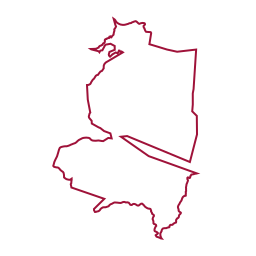 outline of Santiago Yucuyachi, Oaxaca, Mexico, rotated 94°
{"feature_id": "50627088B52041523995534", "entity_name": "Santiago Yucuyachi", "entity_type": "district", "adm_level": 2, "iso_a3": "MEX", "parent_name": "Mexico", "parent_adm1": "Oaxaca", "projection": "orthographic", "projection_center": [-98.214, 17.61], "detail": "fine", "context": "isolated", "style": "outline", "palette": "rose", "viewbox_px": 256, "rotation_deg": 94, "n_neighbors": 0, "source": "geoboundaries", "source_scale": "gbopen_adm2", "svg_char_len": 5487}
<svg xmlns="http://www.w3.org/2000/svg" viewBox="0 0 256 256"><g transform="rotate(94 128 128)"><path d="M191.3,180.3L200.3,146.7L211.2,156.3L211.9,156.2L212.6,156.1L213.5,155.4L214.0,155.2L214.0,154.4L213.4,152.9L213.2,152.0L212.6,151.0L211.8,150.3L211.1,150.0L210.4,149.4L209.8,148.8L208.9,147.4L208.8,146.7L208.7,145.6L208.6,144.8L208.3,144.0L208.0,143.3L207.5,142.1L206.9,141.5L206.2,141.1L205.5,140.3L205.0,139.5L204.8,138.9L204.0,137.7L203.4,136.7L203.2,136.0L203.2,134.7L203.2,133.4L203.3,131.6L203.3,130.0L202.8,128.9L202.2,127.8L202.0,126.6L202.1,125.9L202.4,125.2L202.3,124.0L202.2,123.3L202.5,122.0L203.7,120.9L204.3,120.5L204.6,119.5L204.4,118.7L203.7,118.0L203.4,117.3L203.3,116.6L203.4,115.9L203.7,114.9L204.1,114.3L204.6,113.3L204.7,112.4L204.4,111.7L204.0,111.3L203.5,110.8L203.1,110.2L202.6,109.6L202.5,108.6L202.8,108.1L203.5,107.4L203.9,106.8L204.4,106.4L205.4,105.4L206.4,103.7L206.9,102.4L207.0,101.7L207.0,100.8L207.2,100.0L208.0,99.6L208.6,99.2L209.6,99.2L210.4,98.6L210.9,98.2L211.8,98.0L212.3,97.4L212.6,96.7L213.2,96.1L214.0,96.0L214.6,96.4L216.0,96.9L217.1,97.1L218.8,96.3L220.2,96.0L221.2,96.0L221.9,95.4L222.1,94.4L222.6,93.4L223.1,93.2L223.7,93.0L224.3,93.5L225.1,93.8L226.1,94.2L226.8,94.4L228.1,94.5L229.0,94.1L229.3,93.4L229.6,92.6L229.8,92.0L230.3,91.3L230.8,90.8L231.5,91.2L232.0,91.7L232.5,92.4L233.0,92.9L233.7,92.4L234.2,92.2L234.5,91.7L234.7,91.1L234.8,90.3L235.0,89.7L235.2,89.1L235.4,88.5L235.8,87.7L235.9,86.7L235.0,87.5L233.8,87.8L233.0,88.2L231.9,88.3L231.3,88.4L230.3,88.2L229.8,87.8L229.1,87.6L228.6,87.3L227.8,87.3L227.3,87.1L226.6,86.8L225.8,86.1L225.5,85.2L225.4,84.6L225.3,83.9L225.3,83.1L224.6,81.6L224.3,80.7L224.2,80.1L223.7,79.7L223.1,79.8L222.1,79.4L221.6,78.7L221.6,77.9L221.4,76.8L220.9,76.5L220.1,75.8L219.8,75.1L219.3,74.5L218.9,73.5L218.2,73.4L217.6,73.5L216.6,73.6L215.9,73.4L215.4,73.0L214.7,72.6L214.1,71.6L213.5,71.2L212.8,71.1L211.9,71.0L211.2,70.8L210.7,70.5L210.2,69.9L209.7,69.6L209.0,69.3L208.5,69.7L208.3,70.2L207.6,71.3L207.0,71.7L206.0,71.8L204.8,72.2L204.2,72.5L203.3,72.7L202.0,72.4L201.1,72.0L200.5,71.7L200.0,71.3L198.7,70.9L197.6,70.2L196.6,69.6L195.0,69.2L193.5,68.7L192.9,68.3L192.1,67.5L191.5,65.7L190.8,65.6L190.2,65.9L189.2,65.7L188.7,65.7L187.8,66.0L186.8,65.6L185.5,65.8L184.5,65.8L183.5,66.0L182.4,65.9L181.6,65.8L179.9,65.7L179.6,65.5L178.3,65.1L176.3,64.5L175.4,64.8L174.9,65.2L173.6,65.3L173.1,64.8L173.3,64.1L173.5,63.6L173.6,63.1L173.2,62.6L172.4,62.5L171.7,62.5L171.2,62.0L170.5,61.8L170.0,61.5L169.9,60.9L169.6,59.8L169.5,59.2L169.0,58.2L168.8,57.0L168.5,56.1L166.9,61.8L154.6,105.4L137.2,134.4L136.1,128.3L157.6,63.9L129.5,58.7L128.5,58.8L111.1,60.2L106.9,65.1L100.1,65.0L88.9,65.8L84.6,65.3L45.0,65.5L47.6,79.5L48.5,84.3L47.0,94.6L45.0,103.2L42.9,112.5L31.7,111.5L30.8,112.1L30.8,113.2L30.8,114.6L30.8,115.4L30.8,116.1L30.7,116.8L29.8,117.5L28.5,118.2L27.5,118.5L26.8,119.2L26.0,119.5L25.2,119.6L24.8,119.4L24.2,118.8L23.6,118.3L22.6,118.5L22.2,119.3L22.2,120.6L22.2,121.1L22.4,121.8L22.7,122.8L23.0,123.3L23.3,124.0L23.1,124.6L22.5,125.4L21.9,126.1L21.4,126.7L20.9,127.7L21.3,129.1L21.8,130.1L22.2,131.0L22.5,131.6L23.0,132.1L23.2,132.8L23.4,133.9L24.1,135.1L24.6,136.5L25.1,137.9L25.4,139.2L25.5,140.5L25.3,142.6L24.9,143.9L24.3,145.2L23.8,146.2L23.0,147.0L22.1,147.8L21.5,148.1L20.7,148.9L20.1,149.9L25.8,147.9L26.8,147.4L27.6,147.0L29.8,148.0L30.3,148.5L30.9,148.6L31.9,148.3L32.9,148.6L34.0,148.8L35.1,148.9L35.9,148.9L37.5,150.3L38.3,150.7L38.0,151.5L38.7,151.4L38.6,152.6L39.0,152.8L38.7,153.1L39.1,153.3L39.6,153.7L39.7,154.2L40.0,154.6L40.1,155.0L40.2,155.3L40.4,155.6L40.7,155.7L40.7,156.1L41.0,156.6L41.3,156.8L41.4,157.1L42.0,157.3L43.4,157.1L44.0,157.2L44.9,157.8L45.2,158.5L45.9,159.0L46.8,159.2L47.1,160.0L47.5,160.4L48.1,161.8L48.9,162.6L49.6,162.9L49.8,162.9L50.3,163.9L51.1,165.2L51.4,167.1L51.8,170.7L52.1,170.2L52.2,169.7L52.3,169.1L52.6,167.6L53.3,163.6L53.4,163.1L53.9,162.2L54.4,161.8L53.3,161.3L52.9,161.1L52.6,160.6L52.3,159.0L51.6,158.7L46.5,156.4L45.2,151.3L47.1,147.0L50.9,146.7L53.4,151.8L55.9,152.3L57.1,152.0L58.1,150.9L56.8,149.7L55.6,148.6L53.5,145.5L54.2,143.6L52.6,142.8L51.4,142.4L51.4,141.8L52.4,141.2L52.1,139.8L52.9,138.4L64.1,154.6L65.5,155.8L67.2,156.5L69.2,156.5L70.2,156.4L71.9,157.4L72.8,157.9L73.6,159.4L75.1,160.5L77.1,161.7L77.2,162.4L78.1,163.7L79.0,164.2L81.1,165.3L82.3,166.5L83.6,167.2L84.2,167.6L85.4,168.1L86.2,168.4L86.8,168.8L87.4,169.7L87.9,170.9L88.0,171.9L102.5,170.1L114.6,166.9L115.2,166.7L116.0,167.2L116.8,167.5L117.9,167.6L119.0,167.9L120.1,167.7L121.0,167.1L122.0,166.1L123.3,164.8L126.1,164.4L126.7,163.1L129.4,157.4L130.0,155.6L132.7,151.7L134.6,145.2L139.5,143.6L139.3,147.0L142.8,151.8L142.8,153.3L142.6,155.3L142.5,156.5L142.7,157.8L142.9,158.9L143.0,160.1L143.0,161.8L142.9,162.7L142.5,163.7L142.1,164.2L141.8,164.6L140.9,165.5L140.6,166.5L140.5,168.8L140.6,169.7L140.9,171.4L141.3,172.7L142.2,174.2L143.4,176.2L144.6,177.5L145.7,178.4L146.7,179.6L147.7,181.9L148.3,183.1L148.8,184.2L149.3,184.9L150.0,186.5L150.5,187.9L150.6,189.2L150.7,190.1L151.0,191.3L151.6,193.3L152.5,194.6L154.3,195.3L157.7,196.0L161.2,196.8L162.9,197.5L164.8,198.3L167.0,199.1L168.6,199.4L170.2,199.7L171.0,199.9L171.9,199.0L172.3,196.7L172.3,195.3L172.7,194.4L173.6,193.4L174.6,192.5L175.6,191.1L176.3,189.9L177.1,189.2L179.2,188.6L181.8,188.3L182.5,187.3L183.3,185.9L183.7,183.8L183.7,182.2L182.5,180.7L183.4,180.6L184.8,180.7L185.9,180.8L186.9,180.7L188.0,181.2L190.8,180.4L191.3,180.3Z" fill="none" stroke="#9f1239" stroke-width="2"/></g></svg>